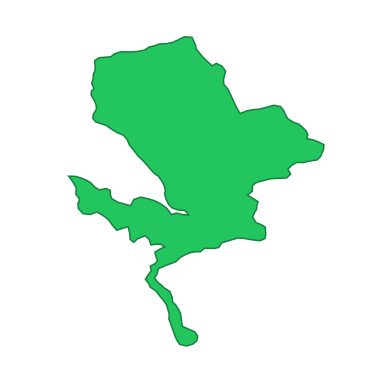 Irupi, Espírito Santo, Brazil (Equal Earth projection), rotated 278°
{"feature_id": "56859067B48527035331511", "entity_name": "Irupi", "entity_type": "district", "adm_level": 2, "iso_a3": "BRA", "parent_name": "Brazil", "parent_adm1": "Espírito Santo", "projection": "equal_earth", "projection_center": [-41.665, -20.336], "detail": "fine", "context": "isolated", "style": "filled", "palette": "green", "viewbox_px": 384, "rotation_deg": 278, "n_neighbors": 0, "source": "geoboundaries", "source_scale": "gbopen_adm2", "svg_char_len": 2921}
<svg xmlns="http://www.w3.org/2000/svg" viewBox="0 0 384 384"><g transform="rotate(278 192 192)"><path d="M173.7,77.3L169.0,81.8L164.3,80.6L159.7,81.9L155.4,87.1L155.5,94.3L159.1,100.6L155.6,108.7L152.6,113.4L148.2,117.7L143.6,122.9L146.6,128.7L148.7,133.5L142.1,136.2L136.5,137.3L134.0,141.2L138.2,144.7L142.1,151.8L139.1,156.1L133.8,158.8L135.4,163.9L135.9,168.6L133.8,172.4L130.6,167.6L127.1,163.6L122.7,165.6L119.0,167.4L115.8,165.3L112.8,161.0L108.3,162.6L103.4,159.9L99.0,158.0L95.8,161.5L92.0,163.9L89.1,169.8L84.0,175.1L80.5,179.1L76.2,182.8L71.3,184.9L68.1,186.4L62.6,186.9L58.8,189.2L55.4,190.9L50.9,193.2L46.4,195.6L42.7,198.0L39.4,201.0L38.8,207.9L41.3,213.8L45.2,217.5L50.1,217.7L53.9,214.2L55.7,207.7L57.7,201.0L62.6,199.6L70.2,197.5L74.5,194.5L77.9,191.6L80.1,188.2L84.8,187.1L90.4,183.9L93.0,178.1L96.0,173.8L98.2,170.3L101.6,166.8L106.2,168.9L111.3,169.2L115.1,175.4L117.8,180.4L120.9,185.9L125.3,189.2L129.0,194.0L131.4,198.2L133.2,203.2L134.1,208.7L137.8,211.8L138.6,216.9L139.2,222.0L140.8,226.2L145.8,228.6L149.4,236.4L152.9,243.8L153.3,251.0L153.0,256.4L153.0,261.6L153.3,266.4L156.1,270.7L160.6,270.9L167.5,269.4L169.4,265.1L170.5,259.8L175.5,255.6L180.6,256.9L183.9,258.4L187.7,258.1L191.6,258.8L194.0,253.4L196.8,247.3L201.1,251.6L206.8,251.0L209.9,253.9L211.9,257.7L213.5,261.9L215.5,266.4L216.8,271.2L217.9,277.9L219.1,283.7L223.4,287.2L227.9,283.8L232.2,286.9L235.9,291.8L236.6,298.0L239.4,305.4L241.1,311.3L244.8,314.2L248.8,315.5L252.3,316.3L257.2,316.0L259.2,310.2L260.5,304.5L260.9,298.2L264.6,298.8L268.3,296.5L271.8,292.0L274.0,288.4L275.1,283.0L277.5,277.2L280.7,274.4L285.2,271.6L288.9,267.8L289.3,261.1L286.2,253.9L283.5,247.3L282.2,241.8L280.1,235.1L276.4,228.8L280.5,225.3L284.9,222.3L289.1,219.6L294.2,216.4L299.1,213.0L303.1,208.5L307.8,207.5L311.6,208.0L316.5,208.4L320.9,203.9L322.8,198.2L319.8,194.4L322.8,189.9L327.4,183.6L331.3,179.4L334.3,176.2L337.9,175.1L341.1,173.1L345.2,170.4L344.6,162.8L340.7,157.1L337.4,151.9L335.5,146.5L334.0,139.0L331.3,134.0L329.7,129.5L325.9,125.3L323.5,118.1L322.0,110.4L320.9,101.8L317.9,95.7L314.6,92.9L313.3,86.8L312.0,81.3L308.4,77.3L302.4,78.8L298.3,79.0L294.9,77.9L290.9,78.4L285.6,77.6L280.7,80.5L277.8,78.3L273.6,78.8L269.2,82.4L265.2,84.8L260.8,85.9L255.2,83.5L251.0,83.6L248.1,86.8L246.9,92.6L246.0,97.9L243.4,102.7L240.4,109.6L238.7,116.2L235.1,120.4L229.9,123.4L224.5,129.2L220.2,133.5L216.6,138.5L212.0,144.2L208.4,148.2L205.2,151.9L203.0,156.5L198.9,160.3L194.8,163.4L190.3,165.3L186.6,165.1L181.7,167.1L176.7,170.4L173.5,174.3L172.3,180.7L172.7,187.6L168.8,191.9L168.3,185.7L169.0,179.6L166.8,174.8L172.2,169.5L176.1,162.3L178.2,155.9L179.1,150.0L179.8,142.1L176.5,135.5L169.8,133.0L170.7,126.9L171.6,119.9L174.1,113.7L177.4,111.7L182.3,110.9L183.4,106.2L181.1,99.9L183.6,94.6L187.0,90.6L189.0,85.6L190.3,81.1L191.3,74.1L190.5,67.7L186.0,72.1L180.1,76.8L173.7,77.3Z" fill="#22c55e" stroke="#15803d" stroke-width="1.5"/></g></svg>